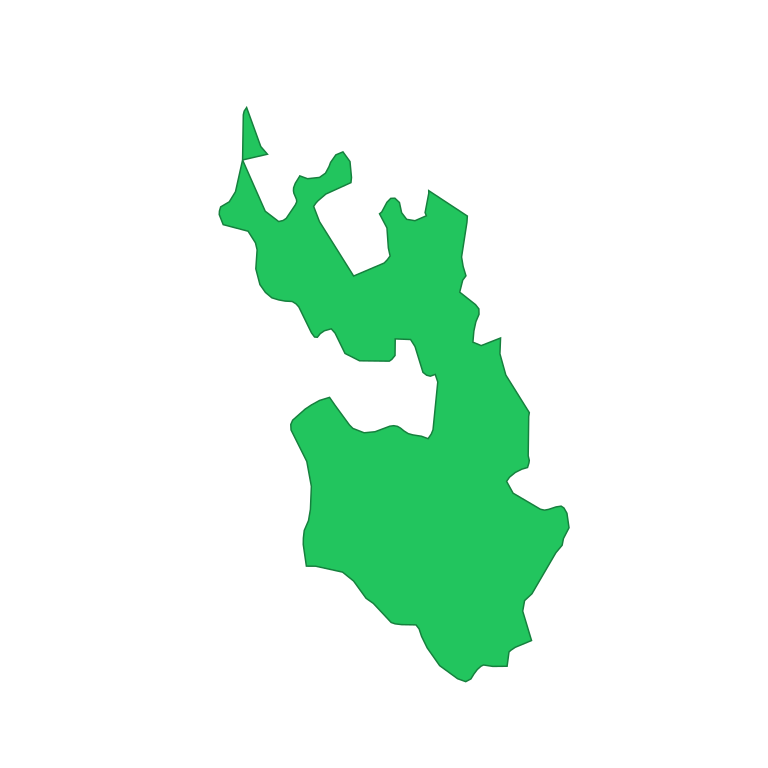 outline of Basel-Landschaft, rotated 68°
{"feature_id": "CHE-3423", "entity_name": "Basel-Landschaft", "entity_type": "Canton", "adm_level": 1, "iso_a3": "CHE", "parent_name": "Switzerland", "parent_adm1": "", "projection": "robinson", "projection_center": [7.631, 47.451], "detail": "fine", "context": "isolated", "style": "filled", "palette": "green", "viewbox_px": 768, "rotation_deg": 68, "n_neighbors": 0, "source": "natural_earth", "source_scale": "10m", "svg_char_len": 2496}
<svg xmlns="http://www.w3.org/2000/svg" viewBox="0 0 768 768"><g transform="rotate(68 384 384)"><path d="M421.3,267.7L465.0,260.0L468.3,262.0L504.6,277.2L509.2,277.9L511.5,279.2L515.2,282.2L514.6,288.2L515.2,295.4L517.4,302.5L520.2,306.8L533.6,305.2L558.7,285.9L561.1,282.4L561.9,278.4L562.4,270.6L563.6,265.5L566.4,263.6L572.4,262.8L586.6,266.3L594.5,275.5L600.2,279.2L604.8,287.8L633.9,325.4L637.5,334.8L646.6,340.5L677.1,343.3L677.3,361.0L678.4,366.1L679.3,368.5L691.8,375.6L686.6,388.9L681.8,397.0L682.0,399.8L683.7,404.5L686.6,409.3L690.0,413.9L690.6,419.7L684.8,426.2L666.0,437.9L644.9,442.8L632.1,443.7L624.2,443.2L619.3,444.6L613.7,457.8L610.5,463.6L607.8,466.7L583.4,476.1L576.0,480.9L555.3,486.0L542.9,492.9L527.3,515.7L523.8,524.2L502.6,519.0L496.7,516.5L489.9,512.8L482.4,505.2L472.7,499.2L451.7,489.7L426.9,484.6L391.8,487.4L386.6,485.6L383.3,482.2L377.7,466.4L376.2,459.1L375.1,449.9L376.0,439.5L385.3,437.4L409.0,431.4L413.5,429.5L421.8,420.7L424.9,410.2L425.3,394.4L426.3,390.6L428.3,387.4L431.1,385.2L435.1,383.0L439.1,380.1L442.0,376.3L446.5,368.8L451.2,363.6L448.1,358.9L444.8,355.7L402.3,333.4L394.3,332.9L394.1,338.1L391.8,341.2L387.8,343.5L360.9,341.2L352.7,342.7L346.4,356.7L361.7,363.1L364.1,367.5L364.8,370.5L353.3,398.0L341.1,408.7L318.5,410.3L313.1,412.2L312.3,419.3L313.4,424.2L315.7,428.3L314.4,430.8L309.3,432.1L280.7,434.1L276.8,435.5L273.1,438.2L270.1,444.6L266.6,450.1L262.1,455.7L254.8,459.6L245.4,461.8L229.2,459.7L212.1,451.4L205.0,450.3L191.4,452.8L176.0,473.4L165.2,473.3L162.0,471.8L158.6,469.1L157.1,459.2L150.1,449.7L123.3,431.2L179.3,429.4L193.9,420.8L194.6,416.3L193.8,412.6L184.7,399.1L182.4,396.7L180.1,396.0L173.4,396.1L171.0,395.6L168.2,394.3L165.9,392.2L164.6,391.0L159.8,384.4L159.5,384.1L165.0,378.0L168.3,366.4L166.6,359.3L161.8,353.5L158.5,350.5L153.5,342.8L153.4,335.1L165.0,332.2L180.4,336.8L184.9,339.2L186.1,366.8L189.5,376.8L190.9,379.6L193.0,382.7L209.3,383.0L272.5,371.7L271.9,338.6L270.2,334.7L267.6,330.4L259.5,329.0L240.4,322.8L224.5,324.4L223.7,321.7L216.6,313.2L214.4,308.2L215.8,304.3L221.5,301.7L231.8,303.5L239.8,301.3L244.2,294.1L243.9,281.7L240.5,281.7L223.9,271.0L221.5,270.1L259.5,243.8L265.1,246.5L295.3,264.5L304.7,266.6L314.4,267.5L317.2,272.1L327.2,279.4L344.7,269.4L349.9,267.9L355.0,269.8L360.7,275.5L368.5,280.8L378.5,285.9L384.8,279.5L385.0,258.7L399.4,265.2L421.3,267.7ZM117.7,409.3L127.3,406.0L123.3,431.2L81.7,413.6L78.6,411.4L76.2,407.8L117.7,409.3Z" fill="#22c55e" stroke="#15803d" stroke-width="1.5"/></g></svg>